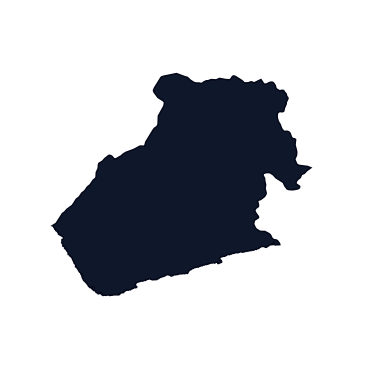 Salvaleón de Higüey, La Altagracia, Dominican Republic, rotated 121°
{"feature_id": "3306468B87904766376188", "entity_name": "Salvaleón de Higüey", "entity_type": "district", "adm_level": 2, "iso_a3": "DOM", "parent_name": "Dominican Republic", "parent_adm1": "La Altagracia", "projection": "natural_earth1", "projection_center": [-68.511, 18.662], "detail": "fine", "context": "isolated", "style": "filled", "palette": "ink", "viewbox_px": 384, "rotation_deg": 121, "n_neighbors": 0, "source": "geoboundaries", "source_scale": "gbopen_adm2", "svg_char_len": 6059}
<svg xmlns="http://www.w3.org/2000/svg" viewBox="0 0 384 384"><g transform="rotate(121 192 192)"><path d="M60.1,190.8L66.2,194.8L66.7,195.9L66.8,197.6L68.1,199.1L69.2,199.7L71.3,202.9L71.4,203.8L70.9,205.8L70.7,207.7L70.6,214.4L71.0,216.1L72.0,216.8L75.2,217.0L76.6,217.7L78.4,221.4L80.4,226.8L83.5,229.1L85.8,233.5L88.2,235.4L89.5,237.2L91.7,238.6L93.5,239.3L94.3,240.1L95.0,242.2L96.6,244.9L97.1,246.7L97.0,250.9L96.1,255.0L96.8,257.4L98.5,266.3L107.5,276.1L108.7,277.2L109.9,277.6L122.2,277.8L124.9,277.3L126.0,275.9L128.5,269.9L128.6,264.0L129.0,262.3L129.8,261.5L132.8,260.4L144.1,260.0L151.0,256.2L152.2,255.8L154.3,255.9L156.8,257.1L159.2,257.3L172.7,257.4L176.7,256.3L177.5,256.9L179.4,260.2L185.6,263.9L191.8,268.9L194.7,270.5L197.4,271.3L202.9,274.4L203.4,275.2L203.6,276.1L202.7,278.7L202.6,280.4L202.9,281.4L203.7,282.3L208.3,284.0L211.6,284.6L215.2,286.5L216.2,286.5L220.1,284.6L224.5,284.1L228.7,281.9L229.9,281.8L232.7,282.8L238.3,283.1L241.5,284.3L246.2,284.6L249.5,285.9L254.5,286.2L257.7,287.5L265.0,287.7L271.2,290.3L274.6,290.9L277.2,292.0L288.8,292.3L292.9,294.4L292.7,293.4L293.5,292.2L293.6,291.4L294.5,290.6L294.6,289.5L295.2,288.9L295.2,287.3L295.4,286.9L294.8,286.7L295.0,286.4L295.7,286.3L295.8,285.7L296.9,284.8L296.8,279.4L297.4,278.6L298.3,278.1L299.0,278.1L299.6,278.9L300.1,278.9L301.4,277.8L302.2,277.8L303.1,276.8L303.1,276.2L303.7,275.1L304.7,275.2L304.9,274.9L304.6,273.9L305.0,273.0L304.9,272.3L305.2,271.7L306.0,271.9L306.0,270.0L306.8,269.5L307.3,267.7L308.4,266.5L309.1,266.2L309.2,264.9L309.7,263.7L309.9,261.5L310.2,261.4L310.3,260.8L311.7,259.2L312.2,258.1L313.8,256.2L313.9,255.1L315.3,253.5L316.0,253.4L316.3,251.5L317.5,248.9L318.0,248.6L318.0,247.7L318.6,247.1L318.3,246.6L319.2,245.1L319.8,244.7L319.8,244.2L319.2,243.8L319.8,243.2L320.3,243.5L320.6,243.2L320.6,242.9L320.2,242.9L320.3,242.5L321.4,242.6L323.6,239.3L323.8,237.7L324.1,237.1L324.5,235.2L325.4,233.5L325.4,232.5L325.6,232.0L326.1,232.0L326.1,231.1L326.5,230.6L326.4,230.0L325.9,229.5L326.5,228.2L326.4,227.5L326.0,227.5L325.9,228.2L325.1,228.1L325.0,228.4L324.3,228.4L324.0,226.6L324.5,226.2L326.1,226.0L326.2,226.6L326.7,226.9L327.0,225.5L326.7,225.2L326.6,223.7L327.1,223.3L327.5,222.0L327.1,220.5L327.6,219.9L326.5,218.9L326.3,218.3L325.2,218.6L324.9,218.0L325.1,216.9L326.5,216.6L326.5,215.0L325.4,213.7L324.9,212.4L323.8,211.5L323.3,210.5L323.1,209.2L322.5,208.9L322.3,208.2L319.6,205.0L319.4,204.2L319.0,203.9L318.2,202.3L317.8,202.5L317.6,201.9L317.2,201.9L317.1,201.3L315.9,201.3L315.1,200.9L313.4,198.8L312.1,199.0L311.6,198.4L310.7,198.3L309.6,197.0L309.1,196.8L308.9,195.9L308.0,195.4L307.7,194.5L306.6,194.2L306.0,193.5L305.2,193.3L304.7,192.6L303.9,192.6L303.3,191.3L302.4,190.4L301.8,190.4L301.5,191.7L300.5,193.0L298.8,193.0L297.8,192.6L295.5,190.6L295.2,190.6L295.1,190.1L294.6,190.0L293.9,188.5L292.2,187.2L291.6,186.2L290.1,185.6L289.3,184.6L288.4,184.2L287.7,180.8L285.1,177.0L284.6,177.0L283.4,176.0L282.2,175.7L279.9,173.8L279.4,174.0L279.4,173.2L278.4,172.4L277.7,172.2L277.6,171.9L276.6,171.9L276.3,171.1L275.6,170.6L275.1,169.9L275.0,169.0L274.5,168.7L274.9,167.0L274.4,166.1L273.3,165.2L272.5,165.1L271.7,164.1L271.5,163.5L270.1,162.0L269.9,161.5L268.8,160.9L268.3,159.9L267.5,159.0L267.3,158.4L266.7,158.1L265.9,156.4L264.5,154.9L264.3,154.2L263.9,153.9L261.4,154.0L259.7,153.6L259.3,153.0L257.6,152.4L256.6,151.4L255.3,151.0L254.9,150.1L253.8,149.2L253.1,147.9L252.6,147.9L251.5,146.8L250.7,146.6L250.3,145.9L250.0,145.9L249.9,145.3L249.2,145.3L248.5,144.1L247.1,143.1L246.9,142.4L246.3,142.3L245.8,141.2L245.2,141.2L244.3,140.1L243.9,140.1L241.8,137.3L240.9,136.6L241.2,135.9L239.9,135.3L239.3,134.3L239.3,133.5L239.9,133.2L239.9,132.7L239.1,132.4L238.8,131.8L238.2,131.9L238.0,131.3L237.5,131.2L237.2,130.6L236.7,130.5L236.3,130.8L235.6,131.9L235.7,133.1L235.3,133.4L235.3,134.0L233.1,134.1L232.6,133.4L232.0,133.2L231.6,132.5L231.3,132.5L230.2,130.8L228.8,130.2L228.5,129.7L227.3,129.6L227.1,129.0L226.5,128.7L226.6,128.0L226.1,127.3L225.0,126.8L224.9,126.3L224.2,126.1L222.6,124.1L221.2,123.3L221.0,122.2L219.4,120.4L218.7,120.1L217.6,118.5L217.6,117.7L216.4,116.4L215.7,116.2L215.4,115.6L214.9,115.6L214.6,115.3L214.6,114.3L213.8,114.0L213.5,113.2L212.1,112.0L211.9,111.3L210.6,110.2L210.1,109.2L209.0,108.6L208.2,107.9L208.0,107.2L207.0,106.9L206.0,105.7L204.4,105.4L204.2,105.0L203.1,104.6L201.7,102.4L201.5,100.5L201.0,99.6L200.0,99.5L199.6,99.0L198.9,98.9L198.6,98.5L198.0,98.6L197.6,98.2L197.0,98.2L196.5,97.0L195.9,96.9L195.9,96.3L195.6,96.3L195.2,97.0L194.8,97.0L194.1,96.0L193.3,96.0L193.1,95.3L193.6,95.0L194.4,95.4L194.7,96.0L195.1,96.0L195.2,95.3L194.7,94.5L194.3,92.9L193.3,92.1L193.3,91.6L192.7,91.2L192.6,90.5L191.9,89.6L190.9,90.7L189.7,93.6L189.7,95.0L190.6,97.3L190.6,98.7L190.3,99.7L188.4,102.6L188.0,104.6L188.3,109.3L190.1,112.3L190.7,113.9L190.6,117.9L189.9,119.5L187.7,122.7L184.1,123.9L180.4,122.0L179.4,121.9L178.8,122.5L177.1,126.4L175.6,128.7L173.3,128.9L170.9,127.8L170.0,127.7L168.9,128.3L165.9,131.1L164.9,130.8L162.9,129.2L158.7,127.5L155.5,127.5L154.4,128.1L151.3,131.2L147.9,132.6L145.0,135.4L142.9,136.8L141.4,139.4L140.3,140.3L138.8,139.9L136.9,138.0L135.6,135.9L135.3,134.2L135.5,130.9L136.6,127.5L136.8,118.8L139.1,115.3L140.4,112.0L140.1,110.4L138.2,106.7L135.0,103.0L133.4,102.1L132.3,102.2L131.6,102.8L131.4,106.5L131.0,107.4L129.3,108.0L126.9,107.8L123.8,106.6L120.6,107.1L118.1,105.3L114.7,104.6L110.0,102.6L110.6,106.2L114.0,113.8L114.2,115.5L113.9,116.9L111.0,120.8L106.8,121.3L104.1,122.6L102.8,123.6L98.6,127.9L93.7,130.2L93.5,131.1L94.1,132.8L94.1,134.1L93.5,135.3L91.1,138.1L90.6,139.8L90.8,141.5L92.4,144.0L92.5,145.2L91.5,147.7L88.7,151.2L87.5,153.6L86.3,155.3L84.1,157.4L81.5,158.9L80.3,159.3L78.5,158.8L77.7,157.9L76.6,155.7L75.3,155.0L72.7,156.0L68.5,156.5L66.1,157.5L62.7,157.8L61.9,158.2L61.1,160.1L59.3,162.0L58.6,164.3L58.0,165.3L57.9,166.2L58.4,167.2L60.1,168.9L60.2,172.3L59.8,173.5L57.8,175.5L56.6,178.0L56.4,179.0L56.6,180.0L57.4,181.2L58.7,182.3L60.9,183.6L62.3,185.4L62.1,186.6L60.1,190.8Z" fill="#0f172a" stroke="#020617" stroke-width="1.5"/></g></svg>